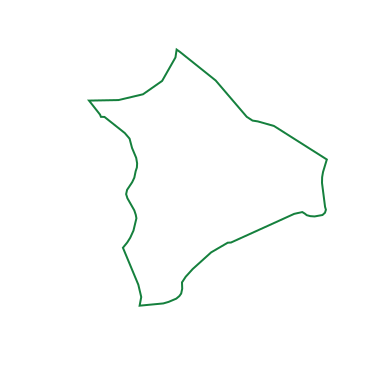 Ben Arous (Tunis Sud), Mercator projection, rotated 293°
{"feature_id": "TUN-104", "entity_name": "Ben Arous (Tunis Sud)", "entity_type": "Governorate", "adm_level": 1, "iso_a3": "TUN", "parent_name": "Tunisia", "parent_adm1": "", "projection": "mercator", "projection_center": [10.195, 36.63], "detail": "fine", "context": "isolated", "style": "outline", "palette": "green", "viewbox_px": 384, "rotation_deg": 293, "n_neighbors": 0, "source": "natural_earth", "source_scale": "10m", "svg_char_len": 919}
<svg xmlns="http://www.w3.org/2000/svg" viewBox="0 0 384 384"><g transform="rotate(293 192 192)"><path d="M225.6,78.8L227.3,77.1L235.9,61.5L247.9,88.4L262.8,108.7L282.6,121.1L309.4,124.2L317.1,122.2L316.3,125.9L303.9,170.2L282.6,213.0L281.4,219.8L282.7,225.0L284.8,241.6L274.6,303.4L261.6,304.8L256.5,306.0L251.2,308.1L230.3,320.3L228.0,322.2L224.9,322.5L221.8,321.1L217.4,314.4L216.0,310.3L215.5,306.7L216.2,304.2L216.6,301.3L211.8,294.6L160.7,247.6L159.3,244.7L143.9,233.2L121.3,222.7L111.5,219.3L104.9,218.1L99.1,220.8L94.3,221.7L91.2,221.0L87.7,219.2L81.7,213.4L78.2,209.1L66.9,188.2L75.5,186.3L85.7,178.8L113.7,150.2L120.2,152.1L125.8,153.0L133.6,153.2L146.1,151.1L149.1,149.1L152.6,146.0L161.0,135.0L164.3,132.2L168.6,131.4L177.6,133.1L182.7,133.3L189.2,132.0L193.0,131.7L196.9,130.3L201.6,127.3L209.1,119.6L216.7,113.7L220.0,107.1L226.9,82.1L225.6,78.8Z" fill="none" stroke="#15803d" stroke-width="2"/></g></svg>